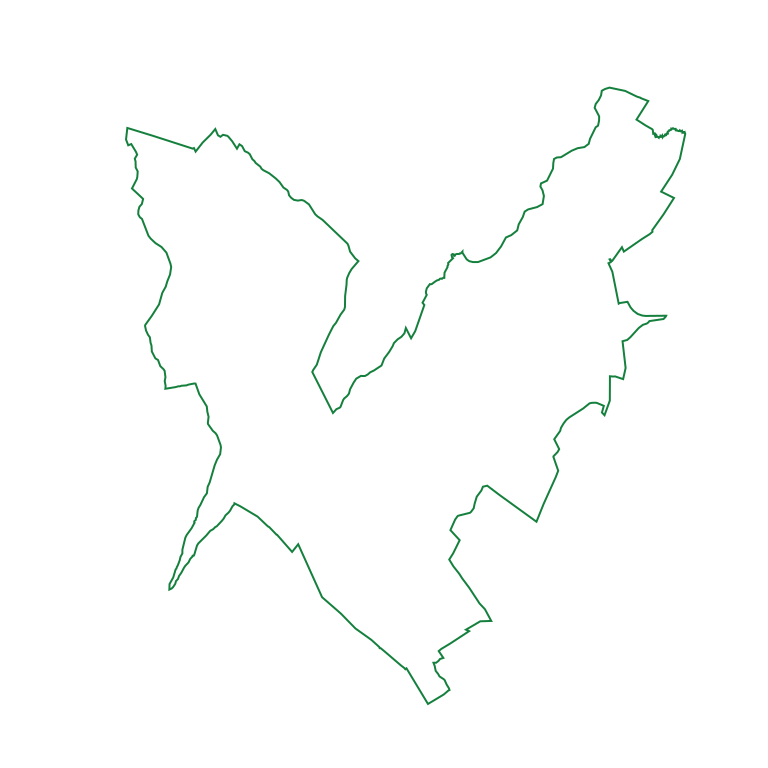 the district of Cornu Luncii, Suceava, Romania, rotated 95°
{"feature_id": "2599482B28823747254243", "entity_name": "Cornu Luncii", "entity_type": "district", "adm_level": 2, "iso_a3": "ROU", "parent_name": "Romania", "parent_adm1": "Suceava", "projection": "natural_earth1", "projection_center": [26.137, 47.454], "detail": "fine", "context": "isolated", "style": "outline", "palette": "green", "viewbox_px": 768, "rotation_deg": 95, "n_neighbors": 0, "source": "geoboundaries", "source_scale": "gbopen_adm2", "svg_char_len": 6151}
<svg xmlns="http://www.w3.org/2000/svg" viewBox="0 0 768 768"><g transform="rotate(95 384 384)"><path d="M407.8,601.4L405.3,591.5L404.2,588.6L404.1,587.2L403.4,585.6L402.6,580.7L401.6,578.6L400.1,573.3L400.0,571.8L410.3,567.1L421.8,558.6L426.9,557.6L432.0,555.9L438.1,556.1L439.3,555.8L445.5,550.5L447.7,547.5L449.8,545.8L459.0,541.5L461.4,540.9L468.2,541.1L474.0,543.8L479.8,545.6L497.3,549.1L501.8,550.7L508.3,550.9L512.4,553.4L520.5,556.4L523.5,557.9L526.3,558.6L532.1,558.7L533.2,559.0L533.9,559.7L535.7,559.6L537.0,560.9L538.0,561.1L538.7,560.6L544.6,563.2L551.6,567.4L554.4,568.5L566.6,570.4L570.4,570.1L574.0,571.7L577.3,572.1L582.9,573.7L584.4,574.4L586.0,574.7L586.8,575.4L595.1,577.1L602.0,580.2L607.5,579.9L606.2,577.7L604.7,576.4L601.2,574.5L598.6,574.1L596.1,572.2L593.2,571.5L589.8,569.5L584.4,567.2L582.4,566.1L578.8,563.2L575.1,561.8L572.6,559.8L571.8,559.7L571.5,559.2L571.6,558.6L570.9,558.2L561.2,556.2L558.9,555.0L550.5,547.9L545.4,544.3L543.5,541.5L541.3,539.7L540.3,538.2L534.6,533.7L532.1,532.0L528.6,530.4L525.6,527.6L523.4,526.2L519.0,524.3L517.1,522.7L515.9,522.6L518.3,516.6L527.1,498.4L536.0,487.2L536.5,485.9L543.5,477.9L543.5,477.4L559.3,460.9L551.1,455.5L601.8,427.1L616.5,406.9L630.0,391.2L640.0,374.3L646.4,365.8L647.5,365.3L647.4,364.4L650.3,360.2L663.0,342.4L665.1,339.1L666.3,337.9L665.3,336.8L698.9,312.3L688.1,297.4L683.8,293.2L683.2,292.1L681.6,292.7L677.8,295.5L673.8,297.7L672.9,298.7L670.5,303.2L668.0,304.9L665.3,307.5L660.5,308.9L657.4,310.4L657.1,307.7L654.9,305.4L653.1,304.3L651.7,301.0L645.3,306.2L642.9,303.8L636.7,295.3L622.8,277.7L621.6,280.9L612.0,267.4L610.7,256.5L599.6,263.8L594.3,269.7L579.5,281.4L570.9,289.1L566.6,292.4L559.7,298.9L553.2,303.7L546.8,300.4L533.0,295.0L523.8,305.1L512.8,301.3L509.1,299.1L508.7,298.4L504.8,287.1L503.7,286.1L500.0,283.8L495.5,283.3L488.2,281.8L481.6,277.7L477.7,276.5L476.3,272.3L484.9,258.6L507.9,220.1L489.5,214.5L461.8,204.8L455.2,202.9L441.8,208.9L441.3,208.9L436.6,205.1L433.6,203.8L424.2,209.6L415.4,204.4L412.3,203.9L407.5,201.6L403.8,199.2L401.1,196.5L391.0,183.4L385.4,177.6L384.7,175.6L384.2,171.8L384.3,170.3L386.6,163.1L393.4,164.4L395.9,161.6L380.9,157.6L356.6,159.6L356.6,156.3L356.3,154.4L358.3,146.2L347.0,144.7L320.6,150.1L318.9,145.5L315.7,142.5L306.0,135.1L302.5,131.3L300.9,127.5L299.6,126.0L298.2,125.1L294.9,111.2L292.5,109.3L291.4,108.9L293.4,129.4L293.3,132.7L292.1,137.4L289.4,141.8L286.3,145.0L280.9,148.6L282.8,156.1L283.5,157.2L252.3,166.3L244.1,170.9L242.9,168.7L242.4,168.5L240.2,170.1L240.0,169.6L241.5,168.2L241.5,167.4L227.0,158.9L231.2,156.6L217.2,139.8L211.5,132.3L209.0,129.8L207.4,130.2L190.8,120.4L173.4,111.3L168.2,124.7L150.5,115.2L134.1,108.9L108.6,105.7L107.9,105.9L107.8,106.5L106.8,106.6L107.2,107.4L106.8,107.5L106.8,108.0L107.5,108.7L105.7,109.2L106.4,110.4L105.5,111.4L106.3,111.8L106.4,112.8L105.7,114.2L106.0,114.7L105.9,115.5L104.4,115.7L104.6,117.5L104.0,118.4L104.6,119.0L104.5,120.1L105.6,120.0L106.4,121.4L106.3,121.9L107.5,122.4L107.8,123.3L109.0,123.6L109.5,123.0L110.0,123.1L110.0,124.1L111.5,124.6L111.5,125.2L110.8,125.4L111.0,125.8L112.3,126.0L112.6,126.8L113.0,126.9L113.2,127.6L113.8,127.9L112.3,128.4L113.6,129.0L113.4,129.5L112.6,129.5L112.4,130.2L113.8,130.4L114.0,131.5L114.8,131.7L113.4,133.7L114.2,134.3L114.4,135.0L113.4,135.4L112.9,134.6L112.0,134.5L111.7,134.9L112.0,135.3L111.4,135.6L112.1,136.1L110.8,136.8L111.2,137.6L107.5,138.4L106.8,139.0L103.6,146.0L98.6,155.5L79.1,145.4L76.8,153.2L76.5,153.4L75.7,157.0L71.0,169.4L69.1,185.2L70.8,189.4L72.9,192.6L77.5,192.9L82.4,194.8L86.6,197.5L90.5,198.2L98.6,193.0L102.9,192.7L108.0,193.3L109.8,195.5L121.8,200.1L126.9,201.0L130.5,205.0L132.2,211.6L135.2,217.3L142.6,227.4L143.3,231.6L145.0,234.2L149.1,234.6L154.7,234.4L167.2,239.3L170.5,245.1L173.7,245.4L177.2,243.0L182.7,241.1L191.0,241.7L194.4,246.9L197.5,255.6L200.0,258.9L205.6,260.3L213.2,263.7L219.4,264.7L224.6,270.2L227.4,275.3L236.8,279.4L243.8,283.8L248.6,288.9L254.3,300.9L254.8,305.9L254.2,309.8L252.6,312.5L246.4,317.3L245.2,317.4L247.3,319.0L247.3,319.9L248.0,320.6L248.1,322.8L248.9,324.4L249.9,324.5L250.3,325.3L248.7,326.1L248.6,327.1L249.2,327.8L249.6,328.0L252.1,327.1L252.7,326.2L257.9,330.7L259.3,330.3L261.1,331.1L262.0,330.9L267.8,333.4L273.0,333.2L273.0,334.1L274.2,335.5L273.9,336.3L274.4,337.6L275.4,338.3L276.2,340.3L277.5,342.0L280.2,345.0L280.6,346.0L280.5,347.0L284.9,349.7L288.3,350.3L290.2,350.0L291.5,349.2L299.7,352.7L301.8,350.7L328.6,357.5L336.1,361.0L326.3,367.1L331.8,368.1L335.5,370.8L338.3,374.3L342.4,377.7L345.4,378.6L351.5,381.6L358.6,386.0L365.8,388.1L371.5,395.3L373.5,398.7L375.9,401.0L377.7,403.7L378.0,407.8L381.1,412.1L385.1,414.3L392.1,417.3L396.7,418.1L399.3,419.8L401.9,422.4L403.5,423.3L410.5,425.3L411.5,426.1L413.2,429.2L417.3,432.3L378.3,456.5L376.3,455.8L370.6,452.6L357.9,449.7L339.7,443.2L330.8,439.6L327.3,437.2L318.4,433.2L313.4,430.1L310.7,429.6L299.7,430.4L288.5,430.0L283.3,430.2L281.3,429.9L276.5,428.3L272.2,426.2L263.8,420.2L261.3,423.7L255.1,429.3L249.5,431.4L247.4,432.6L225.8,459.6L222.8,464.9L220.8,467.4L211.6,474.4L208.4,479.7L207.9,482.0L208.8,486.0L208.4,489.8L206.6,492.7L204.3,495.0L200.6,496.2L199.1,497.6L197.0,501.4L192.0,505.6L188.7,509.7L184.1,516.7L181.5,522.9L180.3,524.7L178.2,526.2L175.0,531.1L173.0,532.7L171.6,534.7L166.8,537.7L165.4,539.6L164.2,543.0L159.4,546.1L157.8,548.9L162.4,551.0L155.4,556.4L151.2,560.6L150.4,561.8L149.8,566.1L152.0,568.5L150.7,571.1L144.7,574.3L150.6,578.3L159.3,585.7L168.9,591.9L165.5,593.9L166.2,595.1L156.9,635.8L151.3,662.0L162.9,662.3L168.5,659.6L167.0,656.7L174.4,651.3L177.1,649.9L181.3,651.9L183.9,650.9L190.0,650.2L193.7,647.9L199.3,647.8L201.4,648.1L211.2,652.1L220.6,640.1L225.8,640.9L228.8,643.1L232.6,643.8L236.4,643.6L239.2,641.7L240.6,639.5L256.8,631.6L259.6,629.0L263.6,623.9L266.9,617.6L272.1,612.2L282.8,607.2L286.0,606.2L293.6,606.7L300.9,608.9L306.0,609.9L312.5,612.8L324.3,615.0L336.4,621.3L346.0,627.0L347.0,627.1L351.5,625.7L355.5,623.4L357.9,621.3L363.4,620.1L365.9,619.0L371.9,618.1L378.4,614.0L379.8,611.2L385.7,608.4L388.5,604.9L390.0,603.7L396.3,602.3L400.3,602.7L404.8,601.4L407.8,601.4Z" fill="none" stroke="#15803d" stroke-width="2"/></g></svg>